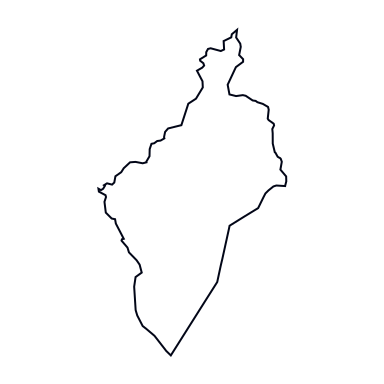 outline of Chitungwiza, Harare, Zimbabwe, rotated 93°
{"feature_id": "62879985B31454704835515", "entity_name": "Chitungwiza", "entity_type": "district", "adm_level": 2, "iso_a3": "ZWE", "parent_name": "Zimbabwe", "parent_adm1": "Harare", "projection": "albers", "projection_center": [31.05, -18.015], "detail": "fine", "context": "isolated", "style": "outline", "palette": "ink", "viewbox_px": 384, "rotation_deg": 93, "n_neighbors": 0, "source": "geoboundaries", "source_scale": "gbopen_adm2", "svg_char_len": 1745}
<svg xmlns="http://www.w3.org/2000/svg" viewBox="0 0 384 384"><g transform="rotate(93 192 192)"><path d="M41.3,151.6L35.4,156.0L27.7,155.5L32.4,160.5L35.5,160.9L39.6,168.3L48.0,167.4L49.7,170.6L47.5,180.9L48.3,183.5L51.6,185.1L54.9,185.0L58.4,190.0L59.1,191.0L60.5,190.7L62.8,187.4L65.1,186.5L67.3,188.3L70.6,193.4L80.9,187.3L87.0,186.7L98.6,192.9L104.0,200.3L125.8,206.1L129.8,219.2L133.4,222.0L138.7,222.8L139.9,222.4L142.3,226.1L142.9,229.4L145.3,232.3L146.0,235.0L151.4,236.5L158.5,236.3L164.5,239.4L164.8,239.2L165.7,242.1L165.9,242.7L164.9,250.0L165.6,255.4L171.8,261.4L175.9,263.7L180.3,269.3L181.9,269.5L186.6,270.1L188.8,272.2L187.8,277.3L189.8,280.2L190.4,279.3L193.4,280.9L194.9,283.0L193.6,285.6L196.5,285.0L199.7,278.2L201.5,277.6L206.4,278.9L217.1,277.0L222.7,270.8L223.2,267.4L227.5,266.4L241.3,258.3L242.3,257.7L242.9,259.5L244.3,259.8L250.9,253.5L255.6,251.8L263.0,243.8L267.3,240.5L267.6,240.4L275.1,238.0L279.9,243.9L289.6,244.8L312.8,242.1L314.3,241.6L318.2,240.2L328.5,234.2L329.2,233.1L329.8,232.3L330.6,231.1L337.6,221.9L350.8,210.5L352.0,209.5L354.1,207.1L356.3,204.6L300.3,173.2L280.6,162.1L263.8,159.4L256.6,158.1L227.0,153.2L223.7,152.7L213.8,138.5L204.6,125.1L193.6,120.4L189.6,118.6L186.4,115.7L182.2,111.0L181.1,108.1L181.2,99.3L180.4,99.2L176.4,98.4L171.5,98.8L165.0,104.9L157.1,103.9L154.2,105.1L153.6,105.7L153.0,107.0L152.3,108.3L149.9,109.8L148.4,110.7L148.0,111.4L146.6,111.8L139.4,113.9L129.1,114.5L124.9,115.1L121.2,113.5L119.5,114.0L116.2,119.2L114.8,120.2L105.8,119.7L103.1,120.5L100.3,125.9L98.9,131.4L97.7,133.2L97.4,136.2L93.1,143.4L92.6,146.3L93.9,153.0L92.6,159.7L83.0,162.0L65.0,154.7L59.3,147.8L56.7,147.9L52.8,152.1L44.5,150.9L41.3,151.6Z" fill="none" stroke="#020617" stroke-width="2"/></g></svg>